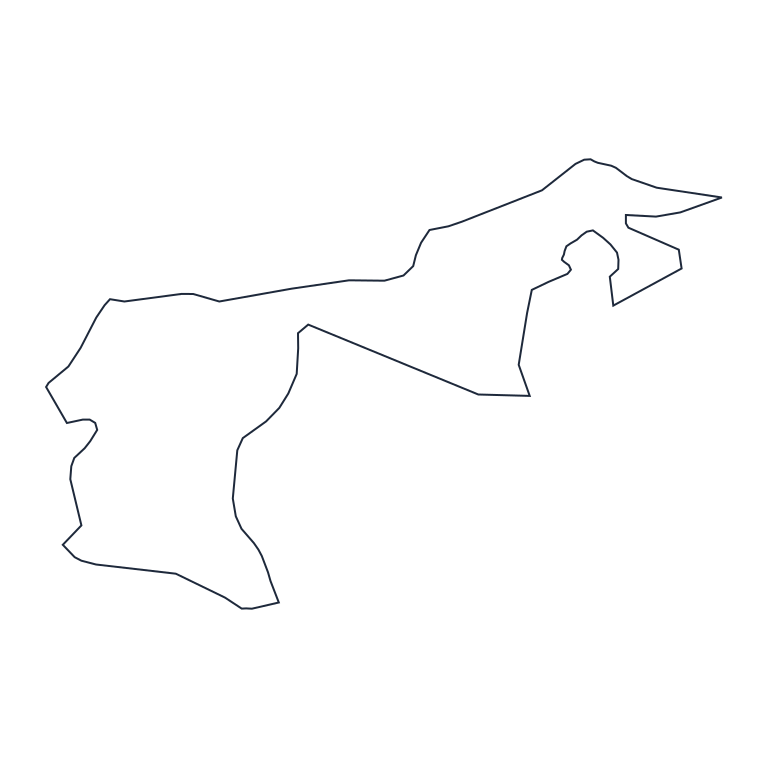 the border of Appenzell Ausserrhoden
{"feature_id": "CHE-166", "entity_name": "Appenzell Ausserrhoden", "entity_type": "Canton", "adm_level": 1, "iso_a3": "CHE", "parent_name": "Switzerland", "parent_adm1": "", "projection": "equal_earth", "projection_center": [9.395, 47.359], "detail": "fine", "context": "isolated", "style": "outline", "palette": "slate", "viewbox_px": 768, "rotation_deg": 0, "n_neighbors": 0, "source": "natural_earth", "source_scale": "10m", "svg_char_len": 1379}
<svg xmlns="http://www.w3.org/2000/svg" viewBox="0 0 768 768"><path d="M527.1,313.0L518.7,364.8L529.7,395.9L478.3,394.5L308.2,324.6L298.0,333.2L298.2,348.3L296.7,373.9L288.3,393.5L279.3,407.9L266.1,421.4L242.8,438.1L237.3,450.3L232.8,498.5L235.8,516.3L241.5,528.8L253.9,543.1L258.4,549.6L261.8,556.0L268.0,572.3L270.5,581.0L278.8,602.5L251.9,608.7L246.2,608.4L241.7,608.6L225.0,597.6L175.8,573.7L96.0,564.5L81.4,560.7L74.7,557.2L62.8,544.8L81.4,525.4L70.3,479.2L71.3,466.2L74.3,457.9L84.7,448.2L90.2,441.2L97.2,429.9L95.2,422.9L89.7,419.6L82.8,419.6L66.9,423.0L46.1,387.0L48.6,382.9L68.4,366.5L80.6,347.9L96.3,317.5L104.6,305.2L110.0,299.2L124.4,301.5L181.7,293.9L193.2,294.0L219.3,301.5L291.5,288.7L349.1,280.3L384.4,280.7L403.5,275.5L413.2,266.1L415.9,255.2L421.1,242.7L429.5,230.0L448.4,226.3L461.9,221.7L542.0,190.3L575.5,163.9L584.2,159.7L590.6,159.3L594.3,161.4L597.8,162.8L611.2,165.7L615.9,167.8L626.8,176.1L631.8,179.1L656.7,187.7L721.9,197.5L680.3,212.4L656.0,216.6L625.9,215.0L625.9,223.4L628.4,227.7L678.8,249.7L681.6,268.5L613.3,305.6L609.8,276.7L618.2,269.0L618.5,259.8L617.0,252.6L610.5,244.5L603.1,237.8L592.9,230.4L586.7,231.7L581.5,235.4L577.0,239.7L570.6,243.4L566.4,246.3L564.6,251.1L563.9,254.6L562.2,258.0L561.9,259.8L564.2,261.9L568.9,265.3L570.9,269.7L567.4,273.9L548.5,281.9L531.8,289.9L527.1,313.0Z" fill="none" stroke="#1e293b" stroke-width="2"/></svg>